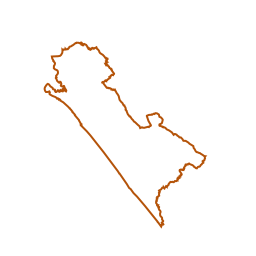 Tha Sala, Nakhon Si Thammarat, Thailand, rotated 148°
{"feature_id": "78962969B88164862603856", "entity_name": "Tha Sala", "entity_type": "district", "adm_level": 2, "iso_a3": "THA", "parent_name": "Thailand", "parent_adm1": "Nakhon Si Thammarat", "projection": "equal_earth", "projection_center": [99.868, 8.707], "detail": "fine", "context": "isolated", "style": "outline", "palette": "amber", "viewbox_px": 256, "rotation_deg": 148, "n_neighbors": 0, "source": "geoboundaries", "source_scale": "gbopen_adm2", "svg_char_len": 5880}
<svg xmlns="http://www.w3.org/2000/svg" viewBox="0 0 256 256"><g transform="rotate(148 128 128)"><path d="M178.5,202.0L176.8,201.0L175.3,200.7L175.4,199.6L176.5,198.6L176.5,198.0L175.1,195.3L173.2,192.8L172.7,191.7L172.6,190.5L171.8,190.4L171.7,189.0L171.2,189.2L170.9,188.9L170.5,187.8L170.9,187.2L169.3,184.1L167.4,177.4L167.4,176.8L166.9,175.5L167.1,175.3L166.6,173.5L166.7,173.3L166.4,171.3L166.7,171.1L166.1,168.4L166.0,167.1L166.3,166.9L165.4,160.7L165.6,160.3L165.7,157.3L166.4,155.8L165.6,155.7L166.0,154.7L166.4,154.7L164.7,147.1L163.8,141.4L161.5,120.4L159.5,96.7L159.5,93.9L159.3,93.8L158.7,81.1L158.8,76.5L158.1,74.8L157.8,69.9L156.7,65.1L154.9,52.7L152.6,33.3L152.7,32.4L152.5,32.2L152.1,26.8L151.7,27.1L151.2,28.2L149.6,27.5L149.1,27.5L149.0,28.0L149.6,29.3L149.5,29.9L147.8,30.1L147.4,30.6L147.6,32.3L146.8,33.6L146.7,34.1L147.1,36.1L147.0,36.9L146.2,38.4L144.8,39.6L144.5,40.9L144.9,42.0L144.6,43.6L144.4,43.9L143.8,44.1L143.5,44.5L143.6,45.0L144.2,45.2L143.8,46.4L143.5,46.6L144.3,47.0L143.8,48.3L143.9,49.6L143.4,50.2L143.3,49.8L143.2,50.6L142.7,51.1L142.4,50.9L142.0,51.6L141.8,51.5L140.9,53.1L140.5,52.8L140.0,53.7L139.7,53.4L139.1,54.0L137.4,54.1L136.7,55.7L135.9,56.2L135.9,56.8L135.0,57.0L135.0,57.3L134.8,57.3L134.8,58.5L132.4,58.4L130.6,59.2L129.5,58.8L129.3,59.0L129.3,57.6L129.2,57.4L128.6,57.9L127.5,57.9L127.1,58.3L126.6,58.5L126.3,57.6L126.0,58.1L125.4,57.8L124.9,58.2L123.6,58.3L123.0,59.1L120.6,59.8L120.1,59.3L118.8,58.8L118.4,58.1L117.8,57.8L116.5,58.2L115.6,57.6L114.9,57.6L114.8,57.4L114.2,57.7L113.8,57.3L113.6,57.7L112.7,58.2L112.7,59.1L112.2,59.2L111.9,58.4L111.7,58.5L111.8,58.9L111.6,59.2L110.8,58.5L110.2,59.6L109.6,59.2L109.5,59.7L108.9,59.6L108.7,60.1L107.9,60.3L107.6,59.9L107.2,60.0L106.9,60.7L107.0,64.1L106.7,64.7L106.3,65.0L105.0,64.7L104.3,63.6L103.5,63.1L103.3,63.7L102.5,63.4L102.3,63.9L101.5,64.1L101.4,64.7L101.1,64.7L100.4,65.3L99.2,65.4L98.9,65.6L99.0,66.1L98.5,66.5L98.1,66.4L97.6,65.8L97.3,65.8L96.7,65.3L96.1,65.7L95.0,65.5L94.8,64.7L93.0,62.3L92.5,61.0L92.6,60.4L92.4,59.8L92.0,59.1L91.7,58.0L91.0,57.3L89.5,57.9L88.6,57.8L87.8,57.3L87.2,57.4L85.8,58.1L84.8,58.1L83.9,58.6L82.5,58.6L82.3,59.0L82.3,60.3L81.4,60.4L80.9,60.1L80.0,60.4L79.3,61.2L78.8,61.4L78.2,62.9L77.4,63.1L78.3,63.9L78.9,65.5L80.1,67.9L80.3,68.6L81.4,69.7L81.8,70.6L82.6,71.2L82.9,72.5L82.7,74.8L82.9,76.2L82.2,78.1L84.2,82.1L84.5,83.6L85.9,86.5L87.8,87.8L87.7,89.7L88.2,92.0L89.4,92.8L89.5,94.1L90.2,95.3L90.3,96.6L91.3,98.0L91.6,98.2L92.9,98.0L93.1,101.0L94.4,104.1L95.9,106.4L96.2,108.3L97.3,109.9L97.7,109.8L98.1,110.3L98.3,110.8L98.1,111.0L99.3,112.4L99.5,113.1L100.0,113.2L99.9,113.9L99.3,114.4L97.4,114.1L96.5,114.3L94.2,116.5L94.1,117.6L94.5,119.6L95.4,120.8L94.7,123.1L95.7,125.1L97.0,126.1L98.1,125.8L98.7,126.5L100.5,126.5L100.9,127.0L101.3,126.9L103.3,128.0L105.5,128.4L105.7,128.2L106.9,123.1L107.1,118.2L107.4,117.9L108.1,117.8L108.9,118.1L109.8,117.7L110.4,118.4L114.2,119.6L115.7,120.8L115.8,121.2L117.7,121.5L117.3,123.4L118.0,125.5L118.9,129.1L119.5,130.3L119.6,132.2L120.0,133.8L120.0,136.6L120.6,136.9L120.7,139.1L120.9,139.5L120.3,142.9L120.1,143.1L120.4,144.8L120.2,145.0L120.0,144.8L119.3,146.8L119.4,148.0L119.1,149.1L119.7,149.5L119.5,152.2L120.0,154.0L120.2,156.4L119.0,159.9L118.9,162.1L119.1,163.3L118.8,167.5L119.5,167.4L119.9,168.2L120.5,168.2L120.5,168.6L120.8,168.6L121.1,169.1L121.4,169.2L121.4,169.7L121.6,169.7L121.5,170.0L122.3,171.5L122.7,171.6L123.1,172.1L123.2,171.9L123.7,172.3L124.4,173.3L124.7,173.4L125.3,179.8L125.7,180.2L125.4,180.4L125.2,180.2L124.9,180.3L124.4,179.7L123.0,180.1L122.4,179.8L122.2,180.0L121.9,179.6L121.7,180.2L121.4,180.2L120.8,179.5L120.4,179.5L119.6,179.9L117.5,180.0L117.1,180.6L116.8,180.4L116.7,181.0L116.1,180.7L115.5,180.8L115.1,181.5L113.4,181.6L112.6,180.7L111.8,181.3L111.3,181.2L111.0,181.5L111.3,185.1L111.0,185.4L111.3,186.4L110.8,186.7L111.0,187.5L111.8,188.5L111.8,189.7L111.6,190.2L112.0,190.9L112.0,192.1L113.3,192.6L113.2,194.5L112.4,194.0L112.0,194.0L111.8,195.2L110.8,195.0L111.1,195.6L111.2,196.5L110.7,196.6L110.2,196.4L109.7,197.0L108.7,197.3L108.6,197.8L109.1,198.1L109.4,198.9L110.0,198.7L110.2,201.4L110.6,203.4L111.9,206.1L112.0,207.7L111.7,208.6L111.8,210.3L112.3,211.5L112.0,213.2L114.6,213.3L114.5,213.6L115.0,213.7L115.4,214.6L115.9,214.9L116.9,214.3L117.2,214.8L117.6,214.6L118.1,215.1L118.3,214.3L118.6,214.3L118.9,215.1L118.6,215.7L118.7,216.1L119.2,215.8L119.6,215.9L119.6,216.2L119.2,216.3L119.0,216.9L119.6,217.8L119.3,218.6L119.3,219.1L119.5,219.5L119.4,220.6L120.6,222.5L121.5,222.7L122.1,221.8L122.4,221.9L123.3,223.4L122.8,223.8L122.0,223.8L122.2,225.0L122.5,225.0L122.8,224.5L123.2,225.4L123.8,225.1L124.8,226.5L126.4,227.6L126.8,227.4L127.4,227.8L130.9,227.4L131.4,227.6L132.3,227.4L133.3,227.5L134.1,227.8L135.0,227.7L135.3,227.3L136.9,226.9L137.2,227.1L137.4,226.8L139.0,227.5L139.1,228.2L139.4,227.8L140.0,227.9L140.7,228.6L141.9,228.4L142.1,229.2L142.9,227.8L144.0,226.5L146.1,225.4L147.4,225.2L149.2,225.9L154.7,229.0L155.5,226.9L155.4,225.8L155.6,224.8L155.8,224.6L155.5,224.3L155.7,223.3L155.5,222.3L155.6,221.6L156.6,220.5L157.9,219.9L159.2,218.0L158.9,216.6L157.5,214.5L157.4,213.7L157.7,212.7L158.3,211.7L158.9,211.2L161.4,210.3L161.6,209.9L161.8,208.8L162.5,208.9L162.8,208.5L162.7,207.7L163.1,205.4L162.5,203.1L162.2,202.8L161.1,203.2L160.7,202.4L161.2,200.6L162.4,199.8L162.5,199.1L161.8,198.0L160.4,197.8L160.0,197.4L160.4,195.6L160.4,192.9L160.6,192.3L161.2,191.9L161.7,192.9L161.7,193.3L161.2,194.4L161.4,195.3L161.8,195.8L162.7,195.6L163.0,195.1L163.0,193.9L163.9,193.6L164.9,194.6L164.9,195.9L165.7,195.9L166.2,195.1L166.8,194.9L167.3,195.5L167.1,196.8L167.5,197.2L169.5,196.5L170.3,196.9L170.3,198.2L169.8,198.7L169.7,199.2L171.0,200.6L170.7,201.9L171.8,204.6L171.9,206.7L172.6,207.9L173.5,207.9L174.5,207.6L176.7,206.6L177.6,205.9L178.2,204.9L178.6,203.5L178.5,202.0Z" fill="none" stroke="#b45309" stroke-width="2"/></g></svg>